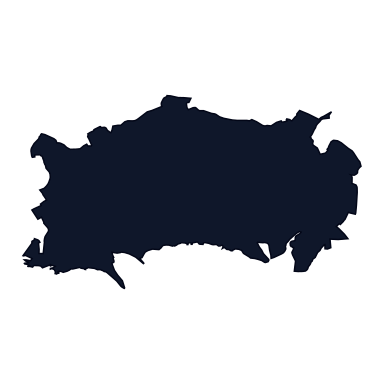 Livezeni, Mures, Romania (Robinson projection)
{"feature_id": "2599482B72473858292431", "entity_name": "Livezeni", "entity_type": "district", "adm_level": 2, "iso_a3": "ROU", "parent_name": "Romania", "parent_adm1": "Mures", "projection": "robinson", "projection_center": [24.65, 46.548], "detail": "fine", "context": "isolated", "style": "filled", "palette": "ink", "viewbox_px": 384, "rotation_deg": 0, "n_neighbors": 0, "source": "geoboundaries", "source_scale": "gbopen_adm2", "svg_char_len": 5940}
<svg xmlns="http://www.w3.org/2000/svg" viewBox="0 0 384 384"><path d="M271.1,258.4L274.0,257.4L281.5,253.9L283.5,252.7L284.9,250.9L285.8,248.9L285.4,245.9L285.9,245.2L286.1,243.5L288.7,240.7L289.5,239.5L296.3,233.4L299.3,231.6L300.5,231.8L301.1,232.1L299.9,233.6L296.1,235.9L295.6,236.6L295.3,237.5L295.2,239.3L294.8,240.7L292.0,241.2L291.0,241.7L290.4,242.5L290.1,243.3L290.4,245.6L291.3,246.7L292.3,246.6L292.7,247.4L293.7,247.8L293.2,249.8L292.0,252.1L291.9,252.8L292.6,254.9L295.4,260.7L295.5,261.4L294.3,271.2L298.1,271.5L302.8,271.4L305.5,271.0L306.9,269.9L307.7,268.8L308.4,266.5L309.3,265.6L310.4,263.9L311.0,262.2L312.2,261.1L312.8,259.2L315.2,257.4L317.6,252.5L320.0,250.4L321.1,248.2L324.1,244.9L324.9,244.6L325.0,248.8L327.5,249.0L330.8,247.7L330.0,239.1L338.1,239.5L347.9,238.7L344.4,234.2L338.6,228.4L336.3,226.6L339.2,223.7L340.3,224.5L343.4,221.4L343.9,220.5L345.0,219.4L348.4,212.3L349.8,212.9L355.3,214.2L355.7,213.1L356.4,205.6L357.2,192.3L357.1,188.0L357.0,187.0L356.0,185.0L352.0,183.4L352.1,177.4L351.4,175.2L350.9,174.8L353.9,175.2L354.5,175.1L356.5,173.9L357.5,172.8L357.6,170.9L358.0,169.6L359.5,167.6L361.0,166.3L359.8,161.8L358.1,159.8L353.4,152.5L352.0,150.8L348.3,148.4L341.3,142.8L337.6,140.8L333.7,140.3L333.1,140.5L331.1,141.8L329.1,145.6L328.6,146.7L328.6,147.4L327.1,149.3L327.8,150.4L325.5,153.1L320.2,154.3L317.3,148.0L313.1,145.1L312.7,143.7L312.7,142.9L313.1,141.8L313.1,141.0L312.9,140.4L311.2,138.9L311.0,137.8L310.1,137.2L310.1,136.9L310.9,136.1L312.1,134.2L314.2,129.8L315.5,127.8L316.2,125.6L317.5,123.8L320.0,121.3L321.0,119.9L322.6,118.9L329.2,118.1L329.0,115.3L331.5,111.8L323.7,116.3L321.2,117.4L318.9,119.4L308.3,114.1L299.6,110.5L296.8,114.0L296.9,115.4L296.6,115.8L295.0,117.2L292.0,120.7L291.3,120.7L289.8,119.6L286.8,118.9L286.3,119.9L287.2,120.8L285.6,121.6L281.9,122.2L281.2,120.9L276.5,122.4L271.1,125.9L267.1,125.5L265.0,126.0L262.7,125.5L256.5,121.7L251.8,119.6L249.5,120.8L246.7,120.4L237.0,120.4L232.3,120.0L223.8,118.3L219.5,116.8L215.8,114.3L214.7,113.9L211.5,113.4L203.6,110.7L199.5,110.7L198.4,110.1L195.9,107.8L195.1,107.5L193.1,107.7L188.3,109.7L186.9,107.5L186.4,103.5L187.1,102.6L188.9,102.4L190.9,98.3L183.8,97.7L178.3,97.6L170.7,95.9L167.0,95.6L166.7,96.6L164.0,98.0L163.2,99.1L161.9,101.7L161.3,103.1L161.3,103.8L161.4,105.2L162.0,106.3L161.8,106.5L151.9,110.5L147.2,111.9L138.6,118.5L136.6,119.9L135.0,120.6L132.9,120.9L127.8,120.8L124.8,121.8L120.8,125.3L117.8,125.3L112.9,126.1L112.0,130.2L110.8,132.7L110.0,132.5L108.7,131.2L107.8,130.8L106.7,129.3L106.3,128.3L104.9,127.4L104.1,127.3L101.4,127.6L100.4,126.6L100.0,126.6L94.6,129.3L93.8,129.9L93.8,130.6L93.4,131.0L90.2,132.4L87.8,133.9L88.4,135.1L87.7,136.0L87.7,136.8L88.8,138.7L91.6,144.9L91.6,145.4L91.2,145.9L87.9,146.0L86.7,144.2L83.7,145.8L80.1,148.8L75.8,149.2L70.1,149.3L66.7,147.5L64.0,144.9L60.7,143.3L59.1,142.9L56.9,142.9L55.9,140.3L53.9,138.7L44.9,134.6L41.6,133.8L40.9,134.4L40.2,136.1L39.4,136.6L38.7,138.8L34.1,143.6L31.5,148.1L31.1,149.6L31.0,151.1L31.7,155.9L32.3,157.3L34.8,156.9L34.7,155.1L35.8,154.9L40.0,154.8L41.0,155.8L41.9,156.1L42.7,157.5L42.9,158.6L43.4,158.8L43.3,159.7L43.9,160.8L43.9,162.0L44.9,164.6L45.4,165.1L46.1,168.3L49.3,172.0L50.1,174.4L50.3,177.2L50.1,178.5L49.0,181.8L48.1,183.8L46.5,186.0L44.2,188.3L39.8,190.0L42.4,193.2L43.1,194.9L45.2,197.9L46.5,200.1L43.9,201.5L40.5,204.1L41.2,205.5L34.2,208.7L31.9,210.0L37.9,219.2L41.5,217.2L43.8,222.1L43.8,223.2L47.8,227.8L48.4,229.1L48.6,230.5L48.2,231.7L45.1,236.6L44.5,238.8L44.2,241.1L44.4,242.0L43.2,253.6L39.0,253.5L39.1,249.2L38.5,243.0L39.9,242.3L39.2,241.0L37.9,239.9L34.5,238.7L34.5,239.2L33.5,240.6L32.3,241.0L31.9,241.6L31.8,242.3L32.2,242.9L23.0,255.7L23.7,255.9L24.9,255.5L25.7,255.5L32.1,258.5L30.5,260.7L26.3,259.9L24.4,259.9L25.6,261.0L28.8,262.2L28.9,262.7L28.6,262.9L27.3,262.5L26.5,263.1L25.0,263.1L24.4,263.4L24.7,263.9L28.1,264.6L28.2,265.4L27.9,266.4L28.3,266.5L29.4,265.4L29.6,265.6L29.2,266.4L31.3,266.7L32.2,267.1L32.7,267.0L33.4,265.9L34.1,265.5L38.4,265.6L40.7,266.0L42.5,267.8L49.5,265.1L49.9,264.5L50.3,264.4L50.6,264.6L50.2,265.3L50.4,266.0L50.8,266.0L51.5,265.2L51.8,265.2L55.2,266.3L53.5,267.7L50.4,268.4L50.4,269.1L51.9,268.6L54.3,269.6L55.4,271.8L55.1,273.6L56.7,274.0L57.0,273.4L58.8,273.2L58.9,272.6L57.8,271.9L58.5,271.4L59.7,271.2L61.3,271.5L63.2,272.3L67.1,271.2L69.6,270.0L70.3,269.3L71.8,268.8L72.6,269.0L79.7,267.4L81.0,268.2L84.2,268.7L84.6,269.3L85.3,269.5L85.6,269.5L85.5,268.8L85.7,268.5L87.2,268.2L87.8,267.6L94.5,268.4L97.5,269.7L100.2,269.6L103.4,270.9L104.1,271.5L105.9,271.8L107.2,272.7L116.7,281.0L120.8,286.1L122.1,287.2L124.2,288.4L124.4,288.4L124.6,287.8L122.4,280.8L117.7,275.2L114.4,270.3L112.4,264.9L112.0,263.3L112.1,262.9L113.7,262.4L114.0,261.2L113.0,257.9L113.7,257.5L112.5,254.7L112.0,252.3L117.1,253.1L120.3,252.6L121.3,252.1L124.6,252.5L129.3,253.9L135.8,257.2L143.4,263.6L143.8,263.2L143.3,262.5L140.9,259.8L140.0,258.3L142.0,257.6L144.2,253.6L145.3,252.0L148.0,250.5L152.5,249.1L159.0,249.6L161.1,247.8L162.5,245.9L163.6,245.3L166.1,245.0L168.9,245.1L172.5,246.1L174.2,245.6L174.7,246.0L176.7,245.0L177.7,244.1L180.7,243.2L181.0,242.8L181.7,242.7L185.1,243.0L187.0,243.7L187.1,244.6L187.9,244.6L188.2,243.3L188.8,242.8L190.6,242.8L191.1,243.3L191.2,244.3L192.1,244.3L192.5,242.9L197.0,242.0L197.8,242.2L199.2,244.0L200.0,244.2L203.0,244.4L203.5,242.9L205.0,242.6L208.8,243.3L211.6,244.4L213.1,244.7L215.9,244.5L216.9,244.7L218.5,246.0L219.9,246.0L221.9,245.2L222.5,245.4L222.8,245.7L223.0,247.0L222.4,248.4L224.2,247.4L226.8,249.4L229.0,249.6L231.1,250.8L232.6,250.7L233.0,250.0L235.4,248.9L238.9,249.3L241.6,250.4L243.5,253.4L249.4,257.0L250.5,258.0L254.8,258.5L257.9,259.3L261.7,260.5L264.5,262.3L265.4,262.5L268.1,261.7L268.9,260.1L268.6,259.3L263.4,253.6L261.7,250.2L259.3,247.0L257.2,242.8L257.5,242.3L262.9,242.7L264.8,242.5L267.2,243.1L268.1,243.7L269.0,245.5L269.6,250.1L270.9,255.1L271.1,258.4Z" fill="#0f172a" stroke="#020617" stroke-width="1.5"/></svg>